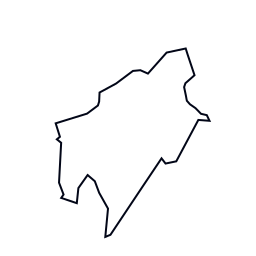 the district of Union, New Jersey, United States of America, rotated 310°
{"feature_id": "52423323B67748143135818", "entity_name": "Union", "entity_type": "district", "adm_level": 2, "iso_a3": "USA", "parent_name": "United States of America", "parent_adm1": "New Jersey", "projection": "albers", "projection_center": [-74.293, 40.666], "detail": "fine", "context": "isolated", "style": "outline", "palette": "ink", "viewbox_px": 256, "rotation_deg": 310, "n_neighbors": 0, "source": "geoboundaries", "source_scale": "gbopen_adm2", "svg_char_len": 703}
<svg xmlns="http://www.w3.org/2000/svg" viewBox="0 0 256 256"><g transform="rotate(310 128 128)"><path d="M211.2,145.0L222.5,126.6L226.0,121.1L210.6,109.1L182.5,108.3L180.2,100.3L174.9,95.1L154.4,90.3L136.9,83.4L129.7,88.9L125.9,90.5L112.7,87.4L85.1,69.6L77.5,81.5L73.6,80.8L73.7,86.3L41.8,110.3L35.6,121.4L31.5,121.8L37.5,137.1L50.1,128.6L66.0,127.3L65.9,136.8L59.8,147.6L53.4,164.5L30.0,180.6L34.9,183.2L45.7,182.0L92.8,176.8L104.9,175.5L126.3,173.2L124.9,179.6L133.5,186.4L179.4,176.7L185.9,185.8L188.5,180.1L185.8,174.8L186.6,166.9L186.0,160.2L186.7,155.6L187.8,154.2L189.8,151.8L195.4,144.7L199.2,143.2L205.7,144.2L211.2,145.0L211.2,145.0Z" fill="none" stroke="#020617" stroke-width="2"/></g></svg>